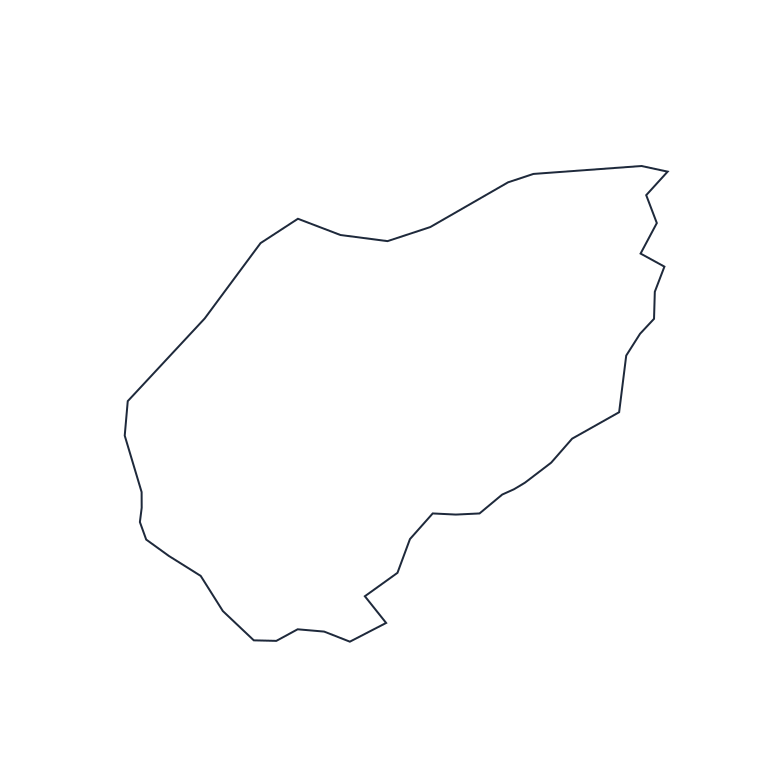 the border of Jinja, rotated 106°
{"feature_id": "UGA-3064", "entity_name": "Jinja", "entity_type": "District", "adm_level": 1, "iso_a3": "UGA", "parent_name": "Uganda", "parent_adm1": "", "projection": "natural_earth1", "projection_center": [33.327, 0.494], "detail": "fine", "context": "isolated", "style": "outline", "palette": "slate", "viewbox_px": 768, "rotation_deg": 106, "n_neighbors": 0, "source": "natural_earth", "source_scale": "10m", "svg_char_len": 730}
<svg xmlns="http://www.w3.org/2000/svg" viewBox="0 0 768 768"><g transform="rotate(106 384 384)"><path d="M246.9,142.4L265.1,151.7L289.9,159.0L346.3,150.2L384.7,188.1L413.5,201.6L440.0,221.3L449.4,230.1L457.7,239.9L482.1,256.5L489.7,278.9L495.0,301.5L525.9,316.3L561.8,319.0L593.3,343.9L613.1,316.1L641.1,345.8L638.5,373.3L643.6,399.4L660.6,416.7L666.3,438.5L646.7,476.3L619.0,507.3L608.6,543.4L599.1,569.7L584.0,580.6L569.8,582.8L554.7,587.2L505.1,619.0L471.1,625.6L370.4,574.4L346.3,565.4L282.6,541.5L248.9,512.3L252.8,466.9L245.7,420.0L220.4,382.8L155.9,320.3L140.9,298.3L103.5,196.7L101.7,169.9L130.2,184.0L154.1,166.1L187.9,173.3L193.9,146.8L220.7,149.1L246.9,142.4Z" fill="none" stroke="#1e293b" stroke-width="2"/></g></svg>